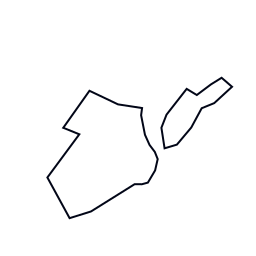 the Republican City of Liepāja, rotated 227°
{"feature_id": "LVA-4848", "entity_name": "Liepāja", "entity_type": "Republican City", "adm_level": 1, "iso_a3": "LVA", "parent_name": "Latvia", "parent_adm1": "", "projection": "robinson", "projection_center": [21.027, 56.53], "detail": "fine", "context": "isolated", "style": "outline", "palette": "ink", "viewbox_px": 256, "rotation_deg": 227, "n_neighbors": 0, "source": "natural_earth", "source_scale": "10m", "svg_char_len": 518}
<svg xmlns="http://www.w3.org/2000/svg" viewBox="0 0 256 256"><g transform="rotate(227 128 128)"><path d="M133.0,151.9L128.4,146.3L111.5,135.8L100.9,132.2L92.2,131.3L85.0,128.5L78.5,118.9L74.5,105.3L77.4,99.8L82.4,94.5L92.2,44.0L101.9,23.8L146.8,35.3L156.6,88.1L172.3,80.8L181.5,125.2L152.1,136.8L133.0,151.9ZM87.2,232.2L87.4,208.0L92.2,195.4L85.2,174.6L82.5,152.4L88.2,140.9L105.4,152.6L111.5,165.3L116.6,197.6L105.2,200.8L103.3,218.5L100.9,230.7L87.2,232.2Z" fill="none" stroke="#020617" stroke-width="2"/></g></svg>